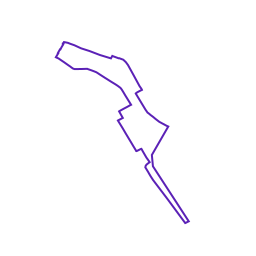 Al-Sharq, Bur Sa`id, Egypt (Natural Earth projection), rotated 117°
{"feature_id": "37247803B90790546702269", "entity_name": "Al-Sharq", "entity_type": "district", "adm_level": 2, "iso_a3": "EGY", "parent_name": "Egypt", "parent_adm1": "Bur Sa`id", "projection": "natural_earth1", "projection_center": [32.303, 31.263], "detail": "fine", "context": "isolated", "style": "outline", "palette": "violet", "viewbox_px": 256, "rotation_deg": 117, "n_neighbors": 0, "source": "geoboundaries", "source_scale": "gbopen_adm2", "svg_char_len": 1987}
<svg xmlns="http://www.w3.org/2000/svg" viewBox="0 0 256 256"><g transform="rotate(117 128 128)"><path d="M70.9,174.7L73.7,174.8L75.7,186.1L76.9,197.3L78.3,205.9L78.6,213.4L79.2,217.8L79.4,220.2L80.3,223.4L80.4,223.7L80.5,224.0L80.9,223.9L81.0,223.9L81.6,223.8L81.9,223.9L82.0,224.1L82.0,224.4L82.2,224.5L82.7,224.3L82.7,224.0L82.7,223.7L83.5,223.7L84.9,223.8L86.1,223.9L86.8,223.9L87.8,223.9L88.5,223.9L88.5,224.1L88.6,224.3L93.3,224.5L93.6,224.4L93.5,224.1L97.7,224.4L97.7,223.7L97.7,223.3L97.6,223.1L97.6,222.8L97.6,221.3L98.0,218.2L98.4,214.9L98.9,211.5L99.2,209.4L99.5,207.0L99.7,206.2L99.8,205.5L99.8,205.2L99.9,204.9L100.0,203.9L99.9,203.2L99.8,202.5L99.5,201.9L99.1,201.1L98.5,199.9L97.9,198.8L96.7,196.6L96.2,195.6L94.0,191.6L93.8,191.3L93.8,191.0L93.7,190.3L93.2,186.6L92.9,183.9L92.7,181.6L92.8,180.2L93.1,177.6L93.6,172.7L93.6,172.3L93.7,171.9L93.9,169.4L94.3,165.3L94.5,162.9L94.6,161.5L94.8,159.0L95.0,157.1L95.3,155.0L95.4,154.7L95.6,153.3L95.8,152.7L96.0,152.2L96.6,151.0L98.3,148.2L99.9,145.7L100.4,144.9L105.9,135.8L106.7,136.4L109.4,138.2L113.1,140.8L116.8,143.3L117.0,143.4L117.2,143.5L119.6,139.9L121.4,137.2L125.6,140.2L125.9,140.4L126.1,140.1L130.6,132.7L134.0,127.4L140.3,117.3L141.7,115.1L144.6,110.4L144.8,110.2L144.7,109.9L144.5,109.7L143.4,108.9L140.8,107.0L140.7,106.8L140.5,106.6L140.9,105.9L141.7,104.8L145.9,98.3L148.6,93.2L152.0,94.8L153.6,95.1L155.2,94.7L158.2,89.8L158.9,88.8L160.8,85.8L162.4,83.0L163.0,82.0L173.0,61.3L186.7,33.9L183.6,31.5L150.8,88.4L141.2,94.5L123.7,93.6L108.4,92.8L108.5,94.5L108.3,102.9L107.4,107.7L106.7,110.7L106.1,114.2L106.0,114.5L105.9,114.8L105.5,116.8L105.4,117.6L105.3,117.8L104.9,118.5L103.8,120.6L97.6,130.6L93.8,136.7L93.7,136.8L92.2,136.1L90.3,134.8L89.6,134.3L88.4,133.4L87.8,133.0L87.7,132.9L87.5,133.1L87.3,133.4L86.9,134.0L86.1,135.5L85.4,136.8L78.4,147.0L71.9,156.6L70.3,159.8L69.3,163.2L69.8,167.5L70.2,168.1L70.2,168.3L70.2,168.5L70.8,173.5L70.9,174.7Z" fill="none" stroke="#5b21b6" stroke-width="2"/></g></svg>